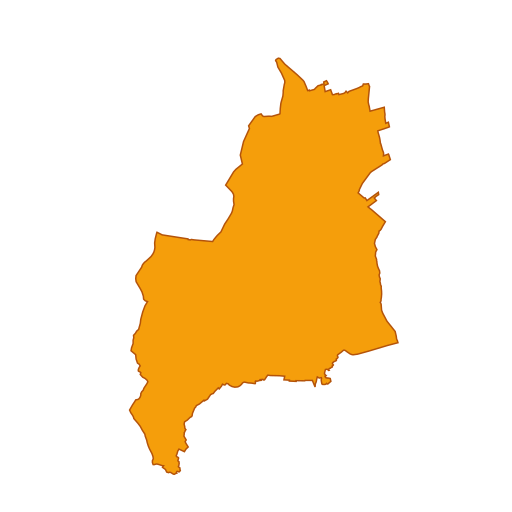 Stalpeni, Arges, Romania (Natural Earth projection), rotated 161°
{"feature_id": "2599482B83298907900991", "entity_name": "Stalpeni", "entity_type": "district", "adm_level": 2, "iso_a3": "ROU", "parent_name": "Romania", "parent_adm1": "Arges", "projection": "natural_earth1", "projection_center": [25.0, 45.053], "detail": "fine", "context": "isolated", "style": "filled", "palette": "amber", "viewbox_px": 512, "rotation_deg": 161, "n_neighbors": 0, "source": "geoboundaries", "source_scale": "gbopen_adm2", "svg_char_len": 6083}
<svg xmlns="http://www.w3.org/2000/svg" viewBox="0 0 512 512"><g transform="rotate(161 256 256)"><path d="M341.9,310.7L342.4,310.1L345.6,305.2L347.6,301.3L348.8,297.0L349.9,294.9L351.0,293.3L352.7,291.6L355.3,289.7L361.4,287.0L363.3,286.4L364.9,285.5L366.5,284.3L367.7,282.7L375.8,276.5L377.1,273.7L377.7,270.7L376.1,263.0L375.5,259.1L375.6,254.7L376.3,251.8L375.3,249.7L373.4,248.2L377.2,245.0L381.3,240.0L385.6,233.6L387.3,230.0L390.9,224.8L393.3,223.8L395.3,222.1L397.6,220.9L398.2,218.5L399.6,216.4L400.7,213.2L403.5,209.8L405.0,207.1L401.9,201.9L402.9,197.6L402.9,193.3L401.7,191.7L401.3,189.8L402.9,188.5L404.2,187.0L404.7,185.7L404.4,185.1L403.3,184.0L402.9,183.1L404.0,181.7L402.6,178.3L400.7,176.3L399.4,173.9L399.2,172.3L400.6,170.9L405.0,167.5L406.4,165.8L408.3,164.8L409.7,163.4L410.3,161.8L411.4,160.4L412.8,159.3L414.0,158.8L416.6,159.1L418.1,157.8L421.1,155.5L425.7,151.5L425.4,148.5L424.7,146.1L424.3,143.9L424.4,142.0L422.1,136.3L420.9,132.6L420.2,128.3L419.1,123.8L419.4,121.6L419.3,117.6L419.6,114.9L419.7,111.6L419.5,108.4L418.7,103.0L418.7,99.8L419.2,97.6L420.6,96.2L421.2,94.4L421.2,92.3L420.4,91.9L418.1,91.8L417.1,91.4L415.6,90.4L412.9,88.3L411.7,87.8L413.2,86.6L411.1,83.6L410.8,80.8L409.2,79.6L408.1,79.7L407.1,79.1L405.2,76.7L404.3,76.2L402.6,76.5L401.7,76.5L401.9,76.9L401.7,77.4L400.8,78.1L400.4,78.0L400.0,77.7L399.1,76.9L398.6,77.0L397.4,77.8L397.5,78.5L397.2,79.1L397.0,80.7L397.7,81.4L398.0,82.0L397.9,82.3L397.2,83.0L396.1,85.1L396.0,86.0L395.8,86.4L395.9,86.7L396.5,87.6L396.5,88.0L395.0,90.1L395.0,90.5L395.4,91.2L396.2,91.9L396.5,93.0L396.3,93.3L395.3,94.4L393.5,97.0L391.7,98.5L387.4,94.3L385.1,96.2L382.3,97.5L383.3,101.9L383.4,103.6L381.9,104.8L382.8,109.1L381.7,111.3L381.5,112.2L380.3,113.2L380.1,113.7L378.8,114.6L379.3,116.0L379.2,116.9L378.9,118.1L378.7,120.5L377.5,122.5L374.4,123.2L370.8,124.9L369.2,125.1L368.4,125.8L367.3,127.9L363.5,132.2L362.1,132.9L361.1,134.0L357.7,134.5L352.2,136.6L352.1,135.8L348.5,136.4L344.1,139.7L342.2,140.0L341.2,139.9L339.0,141.4L334.6,143.6L334.1,142.3L331.0,144.2L329.4,145.7L328.0,144.4L327.1,144.2L325.5,145.2L324.0,144.3L323.2,142.6L321.2,140.4L318.8,138.9L316.4,138.3L315.5,138.2L313.6,138.5L312.6,138.9L311.4,139.4L310.2,140.3L309.0,140.6L307.9,140.5L304.6,138.5L301.9,137.4L298.7,135.7L298.2,135.6L297.7,136.5L297.5,137.7L297.1,137.9L296.3,137.5L295.3,137.2L293.0,137.1L291.8,136.8L292.1,137.7L289.6,137.1L289.4,136.5L288.8,136.1L288.0,136.3L285.2,138.5L283.6,139.5L281.3,138.3L272.9,135.2L268.0,133.0L269.9,129.8L264.8,127.7L265.2,126.9L258.9,124.4L258.7,125.1L250.5,122.1L250.1,122.4L243.2,120.0L242.8,112.9L241.5,115.8L240.3,117.1L239.5,118.3L238.9,119.5L237.4,121.7L235.9,120.0L233.8,119.7L233.8,119.0L234.6,117.9L234.9,116.7L235.3,114.3L235.3,113.4L234.7,112.8L232.7,112.1L231.6,112.1L230.8,112.6L230.4,111.9L229.8,111.6L226.0,113.1L225.7,116.0L227.2,117.0L227.7,117.0L228.2,117.3L228.5,117.7L229.2,117.8L229.6,118.2L230.0,119.3L229.5,119.4L229.2,119.9L228.7,120.2L229.1,120.4L229.4,120.7L229.2,121.4L229.6,122.2L229.2,123.2L228.0,125.1L227.3,126.1L226.0,125.9L225.2,125.4L224.6,125.2L224.8,124.9L224.8,124.3L224.5,124.1L224.1,124.1L224.3,124.6L224.1,125.1L223.7,125.5L223.1,125.8L222.2,125.7L221.3,126.1L220.3,126.1L220.0,126.3L219.7,127.3L219.0,127.3L218.3,127.8L218.8,129.3L218.6,129.8L218.2,130.2L217.4,130.4L216.8,130.7L214.4,130.9L214.2,131.0L214.4,131.3L213.6,132.0L213.6,132.5L212.3,132.9L211.6,133.3L211.4,133.8L211.6,135.0L211.0,136.0L206.7,137.3L204.3,138.3L203.6,138.4L202.9,138.1L202.2,137.4L201.5,136.3L198.9,132.8L197.5,131.6L196.4,131.0L191.8,130.1L180.6,129.4L160.8,128.6L150.0,127.8L149.9,129.9L150.1,131.7L149.5,134.5L149.0,139.4L153.4,151.7L154.8,160.7L154.9,163.9L153.4,169.6L153.4,170.7L153.7,171.6L152.4,172.9L151.8,174.5L151.0,175.9L149.6,179.1L148.7,182.0L148.0,185.1L147.4,186.7L147.6,188.2L147.2,190.1L147.2,191.4L146.1,193.7L145.9,194.4L146.1,195.6L145.9,197.4L145.6,198.3L144.6,199.4L144.4,200.0L144.0,202.0L144.2,203.1L144.4,206.7L143.9,210.3L143.6,211.0L143.5,212.3L143.1,213.6L143.2,217.1L141.5,220.9L139.6,222.6L140.1,225.9L139.9,229.3L137.8,232.8L135.5,234.5L135.2,235.0L132.5,237.5L131.5,239.5L130.3,239.8L129.0,240.6L126.7,242.8L122.5,246.3L131.8,262.4L132.6,263.5L134.1,266.0L124.1,269.2L125.3,272.4L123.6,273.0L123.4,273.2L120.0,274.1L119.6,276.4L133.1,272.3L133.8,275.4L134.8,275.6L135.1,276.0L138.9,282.4L137.0,284.3L136.7,285.1L131.8,290.0L121.1,297.4L119.3,298.2L107.2,301.1L106.1,301.7L104.3,301.7L97.6,303.4L97.5,308.5L97.6,309.3L102.9,309.2L102.1,311.0L101.8,312.3L101.9,315.2L101.5,321.5L101.7,321.8L101.0,325.2L100.6,328.0L100.3,333.7L100.0,334.7L91.5,334.6L88.4,334.6L87.8,334.7L87.3,339.4L90.1,339.2L89.3,343.9L88.8,345.9L88.1,347.4L87.8,348.5L87.5,350.3L86.3,354.9L101.0,355.8L100.2,360.8L100.2,362.0L99.8,365.1L98.6,368.1L93.4,379.4L93.6,379.9L93.6,382.3L96.4,382.9L98.5,383.7L99.8,382.1L102.0,382.0L103.5,381.7L106.5,381.5L113.7,381.4L114.6,381.3L116.2,380.4L117.2,382.5L118.0,381.9L119.2,381.3L120.6,381.2L125.1,381.6L125.1,383.0L127.1,383.0L127.2,383.3L129.9,383.2L131.2,383.7L131.3,388.9L137.1,388.9L136.1,394.9L131.7,395.3L131.8,396.7L132.3,398.8L135.3,398.5L135.6,396.9L135.8,396.5L137.9,396.8L138.0,396.9L138.4,396.9L138.4,396.5L141.9,396.8L145.4,395.2L146.5,394.5L151.7,394.8L151.6,395.5L153.3,395.6L153.4,399.6L153.8,405.2L154.3,406.7L158.1,414.0L166.3,428.0L169.0,434.9L170.5,435.8L173.1,435.2L173.8,434.5L173.8,433.9L173.5,433.5L173.4,432.1L173.8,427.5L172.4,420.6L171.7,412.6L172.0,411.6L172.3,410.6L173.4,409.0L176.5,403.4L177.1,401.6L178.5,398.5L182.3,393.0L182.9,392.0L185.0,387.6L187.0,382.7L187.4,382.5L195.6,382.9L198.3,384.0L203.1,385.3L204.2,386.3L204.9,388.7L207.9,388.8L211.3,388.1L220.6,381.5L220.7,378.7L230.5,368.3L238.0,356.5L238.9,347.4L246.8,344.5L249.8,342.8L261.6,332.9L257.8,324.7L257.2,322.0L257.5,319.7L258.6,317.5L259.4,315.1L260.0,311.8L262.0,309.1L263.8,306.1L265.3,304.4L270.1,300.3L275.2,296.4L281.3,290.2L285.8,288.1L287.7,287.0L290.4,285.3L292.3,283.8L309.3,291.4L311.8,292.7L312.9,292.6L314.8,293.6L314.7,294.3L337.8,306.5L341.9,310.7Z" fill="#f59e0b" stroke="#b45309" stroke-width="1.5"/></g></svg>